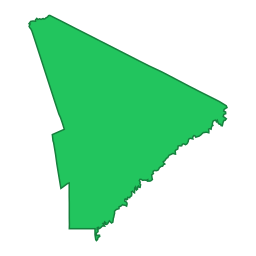 Acrelândia, Acre, Brazil
{"feature_id": "56859067B29113290851832", "entity_name": "Acrelândia", "entity_type": "district", "adm_level": 2, "iso_a3": "BRA", "parent_name": "Brazil", "parent_adm1": "Acre", "projection": "natural_earth1", "projection_center": [-66.886, -9.954], "detail": "fine", "context": "isolated", "style": "filled", "palette": "green", "viewbox_px": 256, "rotation_deg": 0, "n_neighbors": 0, "source": "geoboundaries", "source_scale": "gbopen_adm2", "svg_char_len": 3099}
<svg xmlns="http://www.w3.org/2000/svg" viewBox="0 0 256 256"><path d="M162.4,72.2L148.8,65.8L138.7,60.7L83.7,32.6L74.8,28.1L61.4,21.2L58.8,19.9L49.8,15.4L48.6,15.6L47.5,17.1L46.0,17.8L45.0,18.7L44.0,19.1L43.1,18.5L41.0,19.4L39.7,18.8L37.9,19.5L36.8,18.4L35.5,19.9L35.5,21.2L34.2,21.1L33.0,21.0L30.7,21.4L29.7,22.7L29.0,23.7L30.1,24.0L29.1,26.4L29.9,27.8L30.9,29.0L31.9,31.0L34.9,40.1L55.6,104.1L58.9,114.1L60.5,117.6L62.4,123.1L64.3,129.3L52.3,134.6L53.0,140.8L53.6,142.6L55.6,154.7L56.8,163.6L58.1,171.6L60.9,188.4L62.6,187.2L67.6,183.5L69.2,183.0L69.2,191.6L69.2,196.5L69.3,203.2L69.3,212.7L69.3,218.2L69.4,224.5L69.3,228.7L71.2,228.7L82.6,228.7L87.9,228.7L95.0,228.7L95.0,234.7L95.7,239.6L96.4,240.6L97.5,239.6L98.1,237.4L99.7,236.5L99.5,235.2L97.7,235.2L96.6,235.5L96.1,234.1L96.8,232.6L98.0,231.7L98.0,230.1L97.1,229.2L97.3,227.6L98.5,227.3L98.6,228.9L99.9,228.3L101.2,227.2L102.5,225.9L104.6,226.1L103.6,224.5L102.9,223.5L104.3,223.2L105.6,224.4L106.7,224.4L107.6,223.7L108.4,222.4L109.4,220.9L110.2,221.7L111.5,223.0L112.8,222.2L113.1,220.3L113.3,218.5L113.8,217.0L114.1,215.3L114.6,213.3L114.5,211.5L115.1,210.6L116.3,209.5L117.5,209.1L119.0,208.7L119.1,206.7L120.5,206.3L121.7,205.5L122.5,204.6L123.7,205.1L125.0,205.2L126.6,206.1L127.1,203.9L126.8,202.7L126.0,201.8L124.8,201.3L124.7,199.3L125.9,198.8L126.4,199.8L127.5,199.3L127.7,197.4L129.7,197.7L130.3,196.5L131.5,195.9L131.8,194.5L131.7,193.3L131.4,191.9L132.5,191.2L133.5,192.2L134.5,192.8L134.6,191.3L134.6,189.3L134.7,187.9L135.5,186.9L135.8,188.6L136.4,190.0L137.6,189.0L137.3,187.3L138.3,186.1L138.9,187.2L140.1,187.4L140.6,184.6L139.8,183.6L140.2,182.1L139.3,180.6L140.0,179.3L141.3,179.4L142.5,180.3L144.6,180.1L146.3,180.3L147.7,179.7L147.5,181.1L148.5,181.1L150.0,181.1L151.3,180.5L152.4,179.5L152.0,177.7L151.8,176.3L151.7,174.8L153.4,173.6L152.9,172.4L153.3,171.2L154.4,170.5L156.4,170.7L157.9,170.2L158.7,169.2L159.4,167.7L161.3,166.3L162.6,166.2L163.4,164.7L164.8,164.0L163.6,162.9L163.2,161.8L164.8,160.7L165.6,159.5L166.5,158.2L167.8,157.6L168.3,156.4L169.2,155.1L170.4,154.7L173.0,153.4L174.4,153.9L175.5,154.1L175.4,152.7L175.1,151.1L175.7,150.1L176.7,149.6L177.7,149.1L178.0,147.7L178.0,146.1L179.3,145.7L180.7,145.9L181.7,145.8L182.3,144.3L183.7,143.8L185.5,144.7L186.8,143.9L187.5,143.0L188.3,141.3L188.4,140.0L189.1,138.8L190.3,138.3L191.5,138.6L192.9,138.9L192.6,137.6L193.2,136.3L194.0,135.5L195.1,136.0L195.8,137.2L197.3,136.7L199.0,136.2L201.1,134.7L202.1,133.6L203.5,132.5L204.8,132.5L205.9,132.2L207.4,132.4L208.8,132.8L208.9,131.1L208.6,129.2L209.7,128.7L211.1,129.2L211.4,127.3L211.9,126.0L212.9,125.5L212.3,124.3L212.5,123.1L212.8,121.9L213.4,120.8L214.5,120.4L215.7,120.1L216.4,121.7L217.3,120.4L217.9,122.4L218.6,123.7L219.5,124.2L220.6,124.3L221.1,125.6L222.3,125.8L222.6,124.5L223.0,122.5L224.0,120.4L225.1,120.3L226.3,118.8L224.4,117.3L223.2,116.5L223.8,114.4L225.7,113.7L225.6,112.0L223.7,111.1L224.1,109.4L225.6,108.4L227.0,107.6L226.2,105.7L219.3,101.5L199.6,91.6L188.3,85.8L162.4,72.2ZM104.3,223.2L104.7,221.9L105.6,222.7L104.3,223.2Z" fill="#22c55e" stroke="#15803d" stroke-width="1.5"/></svg>